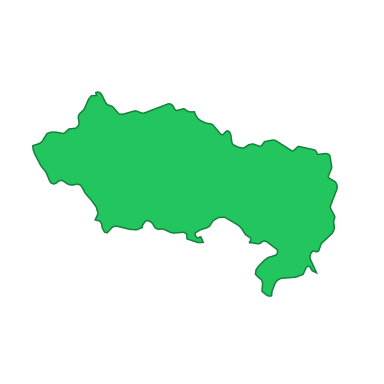 outline of Moravskoslezský, rotated 165°
{"feature_id": "CZE-1612", "entity_name": "Moravskoslezský", "entity_type": "Region", "adm_level": 1, "iso_a3": "CZE", "parent_name": "Czechia", "parent_adm1": "", "projection": "orthographic", "projection_center": [17.887, 49.846], "detail": "fine", "context": "isolated", "style": "filled", "palette": "green", "viewbox_px": 384, "rotation_deg": 165, "n_neighbors": 0, "source": "natural_earth", "source_scale": "10m", "svg_char_len": 3245}
<svg xmlns="http://www.w3.org/2000/svg" viewBox="0 0 384 384"><g transform="rotate(165 192 192)"><path d="M142.7,71.0L145.5,72.0L146.4,72.9L149.5,77.0L149.9,77.6L150.0,78.3L149.8,79.1L149.5,79.9L147.7,84.7L147.3,87.1L147.7,89.7L149.4,91.4L152.0,96.2L150.4,100.1L147.1,103.0L140.0,107.2L135.6,109.0L127.6,109.3L125.8,110.2L124.6,112.8L124.9,114.6L132.9,124.9L135.5,126.1L137.2,125.8L138.6,125.0L140.4,124.6L142.5,125.2L147.0,127.4L149.4,127.9L149.4,128.2L149.5,128.4L149.4,128.6L149.4,128.8L147.8,130.1L147.3,131.5L147.8,133.0L149.3,134.6L151.2,136.8L152.3,139.6L153.2,142.8L154.5,145.9L156.4,148.5L167.1,159.3L173.2,160.5L179.2,158.7L184.1,154.3L187.2,153.5L193.8,153.3L199.2,151.7L200.1,150.6L199.8,148.0L198.6,146.2L197.2,146.2L195.8,146.6L195.0,146.2L194.2,140.4L197.0,141.0L199.3,141.6L209.0,148.0L208.0,152.7L210.2,155.2L220.8,157.2L223.3,158.6L228.6,163.1L230.5,164.0L234.4,164.8L236.4,166.2L237.1,167.7L238.3,171.7L239.2,173.4L242.5,176.1L245.0,175.6L249.6,171.5L249.4,171.1L249.2,170.8L248.9,170.6L248.5,170.6L255.2,169.8L261.7,172.0L274.1,178.8L278.0,178.7L284.5,174.5L286.9,175.9L288.0,180.6L287.6,184.6L288.4,187.7L292.8,190.1L288.3,195.5L288.4,202.4L291.4,210.2L295.4,218.3L297.2,225.8L298.2,227.7L300.5,229.3L305.6,229.7L308.0,230.4L310.2,232.1L313.6,236.0L315.7,237.2L318.1,237.0L320.7,235.8L323.3,235.4L325.8,237.2L326.6,239.2L327.8,248.1L328.6,250.6L330.6,255.0L331.4,257.4L333.9,268.4L334.5,273.7L333.8,278.0L327.0,278.3L323.8,279.5L317.0,286.0L312.3,286.3L307.5,284.8L301.9,282.1L300.8,281.9L299.6,282.1L294.8,284.7L287.4,283.7L284.0,285.9L283.1,288.1L282.7,292.9L281.9,295.2L280.5,296.6L275.0,299.6L267.9,308.4L264.2,311.0L259.3,309.9L259.2,313.0L257.3,313.0L256.4,312.6L255.4,311.9L254.6,310.8L254.0,309.2L252.6,301.9L252.1,300.2L251.4,298.8L250.3,297.6L247.4,295.8L246.3,294.5L242.7,287.0L241.9,286.1L239.0,285.0L226.3,285.2L225.1,284.8L220.0,281.2L218.5,280.6L192.3,283.3L190.9,283.0L189.7,282.3L188.8,281.4L188.1,280.1L187.4,276.9L187.0,275.8L186.4,275.1L185.7,274.7L178.3,274.6L175.8,271.7L173.6,270.0L168.9,268.8L168.6,265.5L167.8,262.7L167.2,261.3L165.4,259.0L160.9,255.1L155.6,252.6L154.5,251.4L149.4,240.7L148.5,239.7L147.5,239.4L146.6,239.8L143.5,241.7L142.4,242.0L141.3,241.6L140.4,240.6L139.9,239.2L139.7,237.5L140.7,229.0L140.4,227.9L139.7,226.7L135.8,223.4L131.0,221.0L124.9,223.0L120.7,222.7L114.6,218.5L113.6,218.4L112.7,218.9L108.8,221.9L100.3,221.3L97.9,220.1L85.1,206.1L84.0,205.6L82.8,205.8L78.1,208.4L76.9,208.3L62.7,200.9L62.0,200.2L61.7,199.4L61.2,196.8L60.9,196.1L60.1,195.6L52.9,194.6L50.8,193.5L50.0,192.7L49.6,191.7L49.5,190.6L50.4,181.2L50.7,179.7L51.2,178.5L56.1,172.2L56.4,171.4L56.3,170.6L55.9,169.9L51.3,165.2L50.7,163.9L50.3,162.5L50.2,161.1L50.4,159.6L50.9,158.2L51.5,156.9L61.6,143.1L62.1,142.0L62.3,140.9L62.3,139.6L60.5,132.0L60.6,130.8L61.0,129.9L62.7,127.2L63.1,125.8L63.5,121.8L64.0,120.0L64.9,118.5L67.1,115.9L80.6,108.6L84.4,103.0L85.3,102.2L86.2,101.9L87.2,102.0L89.5,103.5L90.7,103.5L91.8,103.0L92.9,102.1L93.8,100.9L94.5,99.5L95.0,98.2L95.2,97.0L92.6,81.7L96.2,84.7L97.7,89.5L98.6,90.0L99.5,90.3L100.3,90.1L101.2,89.5L106.1,83.6L113.9,82.9L128.7,85.6L132.5,84.6L135.4,82.3L140.3,75.5L141.2,73.4L141.7,71.7L142.7,71.0Z" fill="#22c55e" stroke="#15803d" stroke-width="1.5"/></g></svg>